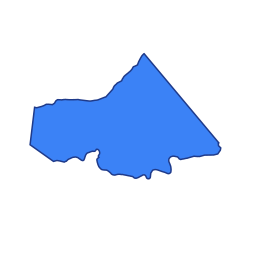 outline of Le Riche, Choiseul, Saint Lucia, rotated 35°
{"feature_id": "8701671B41472866915589", "entity_name": "Le Riche", "entity_type": "district", "adm_level": 2, "iso_a3": "LCA", "parent_name": "Saint Lucia", "parent_adm1": "Choiseul", "projection": "orthographic", "projection_center": [-61.048, 13.784], "detail": "fine", "context": "isolated", "style": "filled", "palette": "blue", "viewbox_px": 256, "rotation_deg": 35, "n_neighbors": 0, "source": "geoboundaries", "source_scale": "gbopen_adm2", "svg_char_len": 5567}
<svg xmlns="http://www.w3.org/2000/svg" viewBox="0 0 256 256"><g transform="rotate(35 128 128)"><path d="M187.6,123.9L187.8,123.9L189.2,123.6L189.8,122.9L190.7,121.9L191.1,121.6L193.0,119.5L193.8,118.8L195.2,117.0L198.3,113.2L198.9,112.9L201.1,111.6L202.5,110.6L203.0,110.3L204.0,109.1L206.3,106.3L213.6,101.0L216.4,97.8L216.4,93.3L216.1,92.6L215.4,91.1L212.3,90.6L210.7,88.7L210.8,88.3L210.9,88.1L98.6,57.9L98.4,58.2L98.3,59.0L98.2,59.5L98.1,60.1L98.1,60.5L98.0,61.0L98.0,61.4L98.1,61.9L98.1,62.5L98.2,63.4L98.2,63.7L98.3,64.4L98.4,64.9L98.4,65.2L98.5,65.9L98.6,66.6L98.7,67.4L98.8,67.9L98.9,68.2L99.0,68.7L99.1,68.9L99.2,69.6L99.3,69.9L99.4,70.3L99.6,70.8L98.4,73.1L97.3,74.7L97.3,75.7L97.4,76.4L97.5,77.1L97.5,77.6L97.5,78.0L97.4,78.7L97.4,79.3L97.3,79.8L97.2,80.3L97.1,80.6L97.1,80.9L97.0,81.2L96.8,81.7L96.7,82.2L96.6,82.7L96.4,83.3L96.3,83.8L96.1,84.3L96.0,84.6L96.0,84.8L95.8,85.3L95.8,85.7L95.7,85.8L95.6,86.2L95.5,86.4L95.5,86.7L95.4,86.9L95.3,87.6L95.2,87.9L95.2,88.4L95.2,89.1L95.3,89.7L95.3,90.3L95.3,90.7L95.3,90.9L95.4,91.7L95.5,92.0L95.7,93.0L94.8,94.8L93.6,97.0L93.4,97.5L93.3,98.1L93.3,98.7L93.1,99.3L92.9,100.1L92.8,100.8L92.7,101.0L92.7,101.6L92.7,101.8L92.7,102.1L92.8,102.5L92.8,102.9L92.8,103.1L93.0,103.6L93.1,104.0L93.2,104.5L93.2,105.0L93.2,105.4L93.2,105.6L92.0,115.4L91.7,115.6L91.5,115.8L87.4,122.0L86.9,122.6L86.5,123.0L86.0,123.5L84.9,124.4L84.0,125.3L82.4,126.9L82.0,127.3L81.8,127.4L81.4,127.7L81.2,127.9L80.8,128.1L80.5,128.3L72.8,132.4L71.8,132.9L71.2,133.1L70.8,133.3L70.4,133.6L70.1,133.8L69.8,134.1L69.5,134.3L68.6,135.0L65.6,137.2L65.0,137.6L63.7,138.5L61.3,140.0L60.5,140.4L59.8,141.0L59.0,141.6L58.9,141.7L58.4,142.3L58.0,142.5L57.7,142.9L57.2,143.3L56.9,143.4L56.7,143.5L56.4,143.7L56.1,143.9L55.6,144.2L55.0,144.6L54.5,144.9L54.0,145.3L53.4,146.9L53.4,148.1L53.5,149.0L53.6,149.8L53.3,150.6L53.0,151.3L52.6,152.3L51.6,152.8L50.1,153.7L49.6,153.9L47.4,155.5L46.3,157.8L44.8,160.0L43.1,162.0L41.6,163.8L39.6,164.6L57.4,197.9L86.1,198.1L88.4,195.4L90.8,194.2L95.3,192.5L96.3,190.7L96.4,191.1L96.8,189.1L96.8,188.8L96.9,188.5L97.0,188.1L97.7,186.8L98.0,186.4L99.0,184.6L99.6,183.7L100.0,183.3L100.5,182.9L100.9,182.5L101.1,182.3L101.7,181.8L102.2,181.6L102.5,181.5L103.2,181.3L103.3,181.2L104.1,181.0L105.4,181.1L105.8,181.1L106.5,181.1L107.0,181.0L107.4,181.1L107.7,181.1L108.3,181.1L108.5,181.0L109.1,180.9L109.7,180.6L110.0,180.2L110.2,179.6L110.2,179.3L110.1,179.0L110.0,178.5L109.9,178.0L109.8,177.7L109.6,177.1L109.4,176.5L109.3,176.0L109.1,175.4L108.9,174.8L108.9,174.5L108.8,174.0L108.8,173.5L108.8,172.9L108.9,172.4L109.0,171.8L109.4,171.3L109.7,170.9L110.2,170.2L110.7,169.4L111.4,168.4L112.0,167.7L112.3,167.3L112.8,167.1L113.2,166.8L113.7,166.5L113.8,166.4L114.1,166.1L114.3,165.7L114.4,164.9L114.4,164.3L114.3,164.1L114.3,163.7L114.5,163.4L114.8,163.2L115.1,163.0L115.5,162.9L115.8,162.8L116.1,162.9L116.4,162.9L116.7,162.9L117.1,163.1L117.6,163.3L117.9,163.5L118.2,163.7L118.4,163.9L118.7,164.2L119.0,164.5L119.3,165.0L119.5,165.4L119.6,165.9L119.6,166.4L119.6,167.3L119.7,167.8L120.0,168.2L120.3,168.5L120.6,168.8L120.9,168.8L120.8,169.2L120.6,170.3L120.5,170.8L120.5,171.1L120.5,171.4L120.6,171.6L120.8,171.9L120.9,172.1L121.5,172.7L122.4,173.6L122.9,174.0L123.4,174.4L123.7,174.6L124.1,175.0L124.5,175.2L124.8,175.4L125.0,175.6L125.3,175.8L125.6,175.9L125.7,176.0L126.4,176.4L126.7,176.5L127.0,176.6L127.3,176.7L127.6,176.8L128.0,176.8L128.4,176.9L128.7,177.0L129.1,177.1L129.5,177.1L129.9,177.1L130.0,177.1L130.4,177.1L130.7,176.9L131.1,176.8L132.1,176.3L132.8,175.9L133.5,175.5L133.9,175.2L134.6,174.8L135.1,174.7L135.5,174.6L136.0,174.6L136.5,174.6L137.0,174.6L138.6,174.7L139.1,174.8L139.8,174.9L140.2,175.0L140.8,175.2L141.2,175.2L142.0,175.1L142.5,175.0L142.8,174.9L143.1,174.7L143.6,174.5L144.4,174.0L144.7,173.5L145.0,173.2L145.5,172.6L146.0,172.0L146.3,171.8L146.8,171.3L147.1,171.1L147.4,170.9L147.7,170.7L148.2,170.4L148.7,170.2L149.3,169.9L150.2,169.2L151.0,168.9L152.6,168.2L153.6,167.7L154.5,167.4L155.3,167.0L156.5,166.5L157.0,166.2L157.8,165.9L158.2,165.8L158.9,165.4L159.4,165.2L159.8,165.1L160.0,165.1L160.6,165.2L161.0,165.2L161.8,165.3L162.4,165.1L162.7,165.0L162.9,164.8L163.4,164.5L163.6,164.3L163.8,164.1L164.1,163.7L164.3,163.4L164.6,163.0L165.0,162.3L165.5,161.3L165.9,160.4L166.4,159.6L166.6,159.3L166.8,158.6L167.2,157.9L167.6,157.5L167.8,157.4L168.1,157.1L168.3,157.0L168.7,156.9L168.9,156.9L169.2,156.9L169.4,157.0L169.6,157.0L169.8,157.0L170.0,157.1L170.4,157.3L170.6,157.4L170.8,157.6L171.2,157.8L171.8,158.1L172.1,158.3L172.5,158.3L172.9,158.3L173.3,158.2L173.9,157.9L174.3,157.3L174.6,157.1L174.7,156.5L174.6,155.7L174.4,155.2L174.1,154.7L173.7,154.0L173.4,153.4L173.1,152.9L172.8,152.3L172.6,152.0L172.5,151.8L172.5,151.2L172.5,150.2L172.4,149.5L172.4,148.9L172.5,148.4L172.7,147.9L173.1,147.5L173.8,146.7L174.5,146.2L175.7,145.6L176.9,145.2L178.7,144.7L180.9,144.1L183.6,143.2L185.0,142.9L186.1,142.7L186.4,142.6L187.0,142.4L187.6,142.0L187.9,141.6L188.2,141.1L188.3,140.6L188.4,140.1L188.4,139.6L188.2,139.2L187.9,138.7L187.6,138.1L187.2,137.5L186.8,136.9L186.4,136.5L186.0,136.1L185.6,135.5L185.1,135.1L184.7,134.7L182.5,133.2L182.2,133.0L181.5,132.6L180.7,132.0L180.3,131.7L180.1,131.3L179.8,130.9L179.6,130.6L179.4,130.2L179.3,129.8L179.2,129.1L179.2,128.8L179.3,128.4L179.3,128.1L179.4,127.6L179.4,127.4L179.6,127.0L179.8,126.7L180.2,126.2L180.4,125.9L180.6,125.6L180.9,125.4L181.5,124.9L182.1,124.6L182.5,124.4L182.8,124.3L183.2,124.1L183.5,124.0L185.0,123.3L185.4,123.3L186.4,123.5L187.1,123.7L187.6,123.9Z" fill="#3b82f6" stroke="#1e3a8a" stroke-width="1.5"/></g></svg>